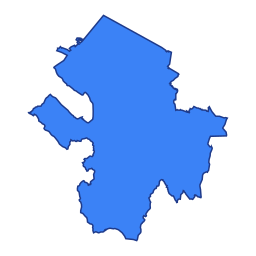 the district of Kampar, Riau, Indonesia
{"feature_id": "22746128B8837306932395", "entity_name": "Kampar", "entity_type": "district", "adm_level": 2, "iso_a3": "IDN", "parent_name": "Indonesia", "parent_adm1": "Riau", "projection": "albers", "projection_center": [101.167, 0.32], "detail": "fine", "context": "isolated", "style": "filled", "palette": "blue", "viewbox_px": 256, "rotation_deg": 0, "n_neighbors": 0, "source": "geoboundaries", "source_scale": "gbopen_adm2", "svg_char_len": 5753}
<svg xmlns="http://www.w3.org/2000/svg" viewBox="0 0 256 256"><path d="M77.8,40.8L77.1,42.6L78.7,44.1L77.8,44.2L75.2,46.6L74.6,45.3L71.2,46.8L69.4,48.4L70.8,50.2L69.4,51.2L67.5,49.7L62.4,47.8L61.8,48.1L60.4,46.6L59.2,48.2L57.6,48.2L57.7,49.1L56.8,50.7L61.4,52.3L67.2,55.3L63.8,60.5L56.7,65.2L54.1,67.1L53.9,67.7L54.4,67.9L55.5,69.2L56.4,72.3L57.3,74.3L58.7,76.1L61.9,78.1L62.8,79.5L63.1,80.7L64.7,82.4L66.6,83.9L67.0,85.3L67.5,85.6L69.1,85.7L73.0,88.9L74.3,90.3L76.0,90.9L78.0,92.4L82.0,95.0L82.9,95.0L84.2,93.0L84.9,92.4L85.5,92.4L87.9,94.8L89.6,97.8L90.5,100.7L92.7,103.3L93.0,104.8L93.2,111.4L93.1,116.6L92.7,119.3L88.9,122.5L88.2,122.8L87.0,122.5L82.6,119.2L83.0,119.0L81.8,118.2L82.2,117.0L80.3,117.6L78.6,118.6L77.4,118.9L76.2,118.4L74.9,117.2L73.9,116.9L73.3,115.7L71.8,114.8L69.2,112.1L67.9,110.3L61.3,104.7L56.2,98.5L55.4,97.8L52.5,96.6L50.3,94.4L48.9,95.5L47.6,97.1L46.5,97.7L45.5,99.0L43.8,103.0L42.1,104.2L40.9,106.2L37.6,106.2L37.1,106.8L35.4,107.2L34.6,108.2L33.5,108.5L32.9,110.0L31.5,111.4L30.7,111.9L30.7,112.4L28.7,112.6L29.1,113.3L31.6,114.4L33.4,115.7L33.8,115.4L34.3,114.2L36.2,115.2L37.2,116.5L38.6,119.0L38.8,121.0L41.4,122.7L42.4,123.9L43.3,124.1L44.4,124.8L45.0,126.1L44.0,128.4L44.6,129.4L45.5,130.1L47.6,130.8L49.2,131.7L51.2,134.6L52.3,135.6L53.9,136.4L55.1,137.7L58.0,141.4L59.5,144.1L62.6,146.6L65.5,147.8L66.9,149.3L67.9,148.9L68.3,146.6L69.9,144.4L69.8,142.1L70.7,141.2L70.9,139.8L72.8,141.0L74.4,140.5L75.7,141.4L76.8,141.4L77.2,140.5L79.4,141.2L80.9,141.3L81.5,139.6L82.2,139.0L84.6,138.6L86.6,137.9L87.2,138.2L87.8,138.9L89.5,139.4L90.6,140.9L92.0,141.6L93.2,143.2L92.7,144.2L92.7,145.1L93.7,145.9L93.4,147.6L93.8,149.2L93.3,150.2L94.3,151.0L94.3,151.8L92.9,155.0L93.1,155.6L92.1,156.6L90.4,156.1L89.7,156.2L87.0,158.5L84.6,158.6L84.0,159.5L85.0,160.5L84.4,161.9L82.5,162.7L83.5,164.1L83.2,165.6L83.6,166.5L84.4,166.7L85.3,167.7L85.7,169.1L86.4,169.7L86.7,171.0L87.2,171.1L88.0,170.8L88.8,169.2L89.2,169.0L91.0,168.7L91.7,168.3L92.1,168.5L92.4,169.3L94.5,170.4L94.7,171.8L93.6,174.5L94.1,178.9L90.7,181.6L90.4,182.2L90.9,183.8L90.7,184.2L90.5,183.9L89.6,184.1L88.8,185.3L88.2,185.1L88.0,183.7L86.7,182.7L84.8,182.2L84.3,181.1L83.7,180.7L82.6,181.2L81.1,182.4L79.9,184.0L79.7,185.1L78.7,186.0L77.8,186.2L77.4,188.7L77.5,190.4L79.1,192.1L79.8,196.8L80.4,197.9L80.4,198.7L79.2,199.9L79.6,201.0L80.7,202.0L81.5,204.5L81.6,207.0L80.7,210.6L80.7,212.6L82.9,213.5L85.5,216.6L86.7,217.5L87.3,219.5L87.5,222.0L90.1,223.9L91.6,224.1L92.5,224.8L93.0,226.0L92.6,227.5L93.0,228.6L92.9,230.6L93.6,232.8L95.8,231.7L98.4,232.8L99.5,232.6L100.6,232.0L102.9,232.0L103.8,231.6L105.0,229.7L105.6,229.5L105.6,230.2L107.6,228.8L109.9,228.2L113.4,228.8L114.9,228.5L118.4,229.7L122.2,232.8L124.6,236.1L125.8,238.7L133.4,239.5L136.7,240.6L137.4,239.4L138.2,235.3L140.6,232.7L140.9,231.8L140.9,229.5L140.4,227.5L140.8,224.8L141.3,223.9L142.1,223.3L142.5,222.4L143.6,221.8L144.7,220.2L144.7,219.6L143.4,218.4L143.1,217.1L143.3,216.4L143.9,215.6L145.3,216.6L146.3,216.0L146.4,215.5L145.9,214.6L146.0,213.6L148.1,210.5L149.9,208.8L150.3,208.0L150.1,205.2L150.3,203.0L150.7,202.2L149.6,200.3L149.4,199.1L148.9,198.2L149.0,197.7L150.5,196.4L150.3,195.0L150.6,194.3L153.0,192.7L153.6,190.4L155.2,188.6L156.2,188.4L156.8,186.2L158.1,186.0L158.8,185.6L159.3,183.4L159.4,181.6L160.2,180.5L161.5,179.6L162.8,179.8L162.7,180.3L164.3,181.8L164.5,182.8L165.2,183.4L165.6,184.8L167.1,185.7L166.4,187.1L167.7,187.8L167.6,189.2L168.0,189.6L168.1,190.9L169.1,193.5L172.1,196.0L173.2,195.9L173.6,196.3L175.3,200.2L176.1,201.0L176.7,202.5L177.3,202.3L177.3,201.0L178.1,199.4L179.2,199.0L180.3,199.2L180.8,194.6L182.7,192.9L183.3,190.6L184.0,191.0L184.3,192.0L185.3,192.8L185.5,193.6L189.8,199.1L191.3,198.9L192.4,199.4L192.8,199.3L194.9,196.4L194.9,195.9L194.5,195.4L194.9,194.9L195.9,195.1L198.0,196.9L198.9,196.9L200.4,197.6L201.5,197.6L201.2,197.5L201.0,196.0L200.5,189.6L199.9,186.3L199.9,184.9L202.2,179.5L202.6,175.2L203.0,174.2L203.9,173.1L205.5,172.3L206.5,171.9L207.4,172.2L207.5,171.6L208.5,170.6L209.6,164.3L208.8,162.3L209.1,159.4L210.1,155.9L210.3,153.2L211.9,149.5L212.2,148.1L211.4,146.4L211.3,146.8L209.9,146.8L207.9,144.2L208.0,143.1L209.4,138.6L210.4,136.3L226.4,135.9L226.6,135.1L226.1,132.1L222.8,128.3L222.8,127.8L224.9,124.4L226.4,119.6L227.3,118.1L225.7,117.6L224.1,117.9L219.6,116.3L215.7,116.2L211.9,111.6L209.3,106.7L208.2,107.9L208.7,109.0L208.7,109.6L208.2,110.0L208.2,111.4L206.6,111.1L206.2,110.4L205.8,110.2L202.2,110.0L201.9,109.4L201.5,109.7L200.1,108.9L200.1,108.6L199.2,108.6L198.4,108.1L196.9,108.0L193.9,106.5L193.0,107.9L191.7,109.0L190.6,108.9L190.2,108.6L189.7,109.9L189.2,110.3L189.4,110.6L188.9,112.0L189.4,112.3L189.2,112.7L188.0,112.2L187.5,111.8L187.7,111.6L186.7,111.0L186.8,112.0L182.3,110.3L181.4,110.2L180.4,109.6L180.0,110.2L177.0,110.0L177.0,109.8L175.8,110.3L174.9,104.1L174.4,103.8L173.8,102.8L173.7,101.0L173.9,100.4L174.7,99.4L175.1,99.3L175.3,99.9L175.8,99.7L175.8,93.8L176.2,93.7L176.6,92.8L177.1,92.5L177.1,92.0L177.7,90.9L177.3,90.5L177.4,89.4L176.7,89.1L176.8,90.1L176.1,89.5L175.5,89.4L175.2,88.5L174.7,88.5L174.7,89.0L174.4,89.0L173.7,88.3L173.6,87.9L173.0,87.8L172.6,86.9L171.8,86.5L172.0,86.2L172.4,86.2L172.2,85.9L170.4,85.1L170.7,84.3L170.0,83.9L170.9,83.5L170.8,82.8L170.3,82.7L171.2,81.5L173.3,80.3L175.1,78.4L177.7,76.6L178.1,75.9L178.0,75.1L178.8,74.4L178.5,73.7L171.4,69.5L169.4,68.4L168.6,68.6L168.1,68.2L168.7,67.4L167.6,66.4L169.6,64.2L171.4,52.3L169.4,51.4L168.7,51.8L168.2,50.9L167.6,51.0L167.4,51.4L166.7,51.8L165.9,51.1L166.0,50.6L165.6,50.2L161.6,47.4L103.5,15.4L82.0,41.5L80.1,43.0L77.8,40.8ZM77.8,40.8L78.8,39.5L80.0,39.5L79.9,40.5L82.8,40.3L82.8,39.2L81.1,39.2L81.1,38.5L80.0,38.5L80.0,38.1L77.1,38.0L76.1,39.8L77.8,40.8Z" fill="#3b82f6" stroke="#1e3a8a" stroke-width="1.5"/></svg>